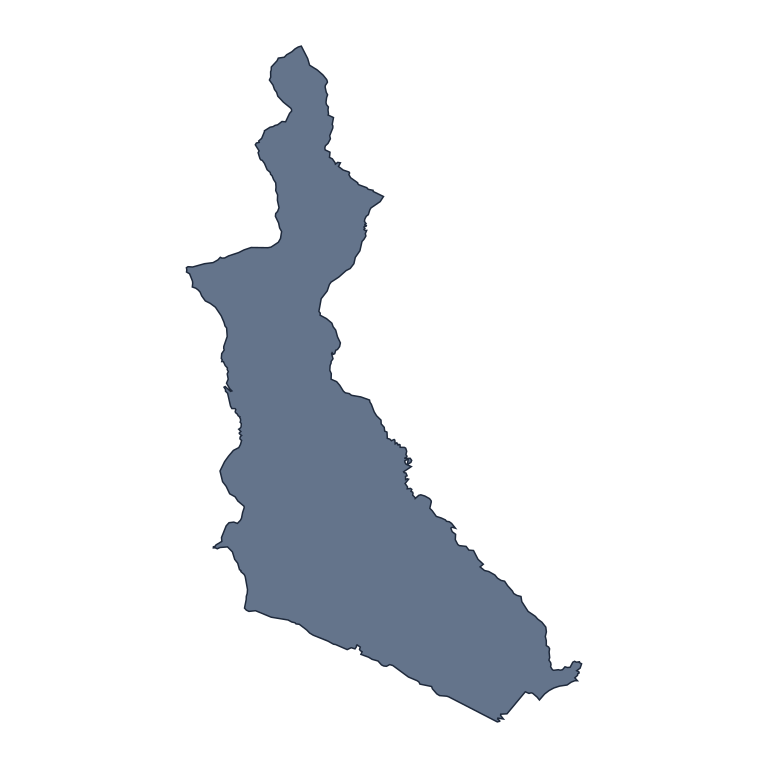 the district of Batrani, Prahova, Romania
{"feature_id": "2599482B71534935033185", "entity_name": "Batrani", "entity_type": "district", "adm_level": 2, "iso_a3": "ROU", "parent_name": "Romania", "parent_adm1": "Prahova", "projection": "natural_earth1", "projection_center": [26.104, 45.367], "detail": "fine", "context": "isolated", "style": "filled", "palette": "slate", "viewbox_px": 768, "rotation_deg": 0, "n_neighbors": 0, "source": "geoboundaries", "source_scale": "gbopen_adm2", "svg_char_len": 6103}
<svg xmlns="http://www.w3.org/2000/svg" viewBox="0 0 768 768"><path d="M577.4,680.7L574.8,677.8L577.5,675.4L577.7,673.9L579.1,673.0L579.0,672.0L576.7,670.7L580.1,668.2L581.6,663.8L579.0,662.3L579.2,661.8L576.4,662.2L574.6,661.3L572.8,662.2L570.1,667.3L567.4,667.5L565.0,666.8L562.5,669.7L560.2,670.2L558.5,669.7L553.6,670.3L552.4,669.7L550.6,666.8L551.0,664.6L550.7,662.8L548.9,660.1L549.7,657.6L549.1,652.0L549.6,648.8L548.6,647.0L546.3,645.6L546.3,640.6L545.3,636.5L546.4,631.9L545.8,627.1L541.9,622.2L537.6,619.0L535.4,616.4L528.1,611.4L521.8,601.6L521.0,596.5L516.9,595.4L513.7,593.5L512.4,591.0L507.6,585.7L504.6,581.2L501.0,580.4L497.5,578.2L494.9,575.0L488.7,571.5L484.5,570.5L480.1,566.9L483.3,564.2L478.0,559.3L473.5,550.5L468.9,550.1L466.1,546.4L459.3,545.6L457.8,544.5L455.3,539.7L455.6,534.3L452.2,531.7L450.9,528.4L451.1,527.8L452.3,527.3L455.4,528.2L451.6,523.4L449.2,521.7L446.5,521.3L445.4,519.9L441.3,518.0L436.3,516.4L432.2,510.7L429.8,508.3L431.3,501.9L431.1,500.7L429.5,498.6L424.8,496.0L420.8,494.8L418.8,495.3L415.2,498.5L415.0,497.5L412.7,495.2L413.0,493.2L412.6,492.1L411.0,491.4L411.8,489.4L410.5,488.4L407.2,488.8L407.5,486.9L405.1,483.5L408.6,479.2L407.3,478.8L405.6,479.6L405.5,476.4L407.1,475.8L405.9,473.0L404.3,472.7L403.6,471.8L411.3,466.6L406.2,464.3L405.0,462.6L404.7,461.0L407.0,459.6L408.2,459.6L407.5,463.2L407.9,464.2L410.9,462.4L411.7,460.4L410.2,458.3L404.3,458.4L406.4,457.2L407.0,456.2L405.9,454.6L406.7,451.3L405.7,448.2L404.4,447.4L400.2,447.3L400.0,444.8L399.0,444.4L398.1,445.0L396.8,442.8L395.2,443.8L394.8,440.1L394.1,439.5L391.4,440.7L389.8,439.1L387.3,438.4L387.0,432.1L384.7,431.1L384.2,427.3L381.2,423.9L381.0,420.1L376.6,415.8L374.2,411.9L371.3,404.2L370.0,402.3L369.5,400.0L360.8,396.9L351.5,395.3L349.3,393.6L345.3,392.8L343.4,391.2L339.8,385.4L336.7,381.7L331.1,379.2L331.3,373.7L329.8,370.3L330.1,365.5L331.1,363.1L331.1,361.5L333.0,358.8L331.6,353.7L332.1,352.7L333.3,354.3L334.7,353.7L335.7,350.3L337.5,349.5L339.6,346.6L340.4,342.9L337.5,336.8L335.7,330.1L333.1,326.7L331.9,323.2L326.6,318.7L320.1,315.2L320.2,313.1L318.9,311.4L321.2,298.7L327.2,291.0L329.4,284.5L331.1,282.1L338.9,277.0L346.1,270.6L350.2,268.5L353.9,263.7L355.3,257.4L359.9,250.8L362.0,241.5L364.1,239.1L365.9,236.0L365.3,233.7L366.7,230.4L365.1,230.4L364.0,229.6L364.9,228.5L364.1,227.8L364.1,226.8L366.0,226.3L366.3,225.6L364.8,225.1L364.8,224.3L366.1,223.7L364.4,221.3L364.9,218.9L366.3,216.2L368.3,214.7L369.9,209.7L371.0,207.9L380.2,201.6L383.5,196.5L373.2,191.5L373.1,190.3L368.2,189.3L366.8,187.7L358.9,184.8L357.7,183.6L357.7,182.8L350.6,177.7L348.9,174.6L349.6,173.0L349.0,172.0L343.1,170.0L338.5,166.5L340.4,162.8L337.7,162.4L335.4,164.1L335.1,162.8L332.3,158.8L329.5,157.4L330.0,152.2L325.2,149.9L324.8,148.0L325.4,145.8L328.0,143.4L330.4,138.8L329.7,135.7L332.8,128.0L332.9,126.0L332.2,124.5L333.5,117.6L328.1,115.0L328.5,113.9L328.0,110.0L328.4,107.0L326.4,104.5L326.0,102.3L326.6,97.6L327.6,94.8L326.3,92.4L325.1,87.0L325.4,85.3L327.4,82.4L327.3,81.3L326.7,79.6L323.1,75.1L317.3,70.0L309.6,65.2L307.7,58.6L301.3,46.1L298.2,47.0L295.0,48.9L291.8,51.8L286.7,54.7L284.3,57.2L278.3,58.1L277.1,60.7L271.3,67.0L271.2,70.1L270.6,71.8L270.7,77.2L269.4,80.0L273.0,85.1L274.5,89.5L276.6,92.3L277.8,96.2L283.5,102.3L290.7,108.1L291.5,109.4L291.6,111.1L289.6,113.3L285.6,121.8L282.0,121.5L277.6,124.8L275.0,125.4L273.1,126.6L270.1,127.2L264.4,130.8L264.4,131.7L261.7,138.3L258.7,141.0L259.2,142.4L256.4,143.0L255.3,144.8L259.1,150.9L258.1,152.7L259.9,158.5L260.7,159.8L262.3,160.4L264.5,163.5L267.1,169.7L270.2,172.4L270.6,174.3L272.1,175.8L273.6,179.6L275.7,182.8L276.0,187.1L275.7,190.6L277.6,194.9L277.4,200.3L279.0,207.7L277.6,211.4L275.7,213.5L275.4,216.3L278.6,223.0L279.6,227.9L281.6,231.5L280.5,238.5L278.3,242.3L271.0,247.1L268.0,247.7L251.1,247.5L244.0,249.9L238.6,252.6L228.8,255.8L224.6,258.0L221.9,258.1L220.3,257.3L217.9,259.9L213.1,262.6L204.5,263.7L192.6,267.0L188.0,266.7L186.4,267.7L186.8,270.0L186.5,272.0L189.6,273.8L192.5,281.2L192.7,283.3L192.3,287.0L195.8,288.2L198.3,290.1L200.1,292.1L201.7,295.9L205.3,300.9L210.1,303.3L215.4,307.2L221.2,315.8L224.1,322.6L225.0,326.0L226.6,327.9L227.2,336.5L223.8,346.4L223.7,348.4L224.2,350.0L221.7,353.6L221.3,358.5L222.2,359.7L221.7,361.6L223.4,361.6L225.2,365.6L227.4,367.9L227.2,369.5L228.3,371.6L227.2,373.9L228.2,379.1L226.5,383.2L229.7,388.7L231.9,390.9L230.6,391.4L225.2,386.5L224.0,387.2L225.5,389.5L225.5,391.2L227.6,393.3L230.5,406.1L231.9,408.6L235.1,408.6L235.8,409.5L235.2,411.6L235.5,412.6L237.1,413.9L238.3,415.9L239.9,416.8L239.6,417.2L240.5,419.0L240.6,420.8L240.1,422.2L241.3,423.5L241.1,426.8L240.0,428.4L238.7,429.2L240.9,431.5L239.3,432.9L239.3,433.6L241.6,435.5L240.4,436.5L239.9,438.2L240.2,439.3L241.6,440.4L240.4,444.6L238.8,447.6L233.4,450.4L228.5,456.2L224.6,461.6L220.0,471.0L222.6,481.7L226.2,486.4L229.7,493.8L235.1,496.8L237.9,501.1L244.0,506.2L244.2,507.7L242.6,512.5L241.5,518.2L240.4,520.3L237.4,523.4L233.8,522.1L229.0,522.7L226.2,525.8L221.5,537.5L221.8,541.4L216.0,544.9L215.1,546.3L213.4,546.8L213.3,547.9L215.2,547.8L217.3,548.8L220.0,547.5L227.5,546.9L232.4,551.9L234.7,559.4L237.7,563.2L239.5,569.7L240.9,570.5L240.9,571.6L244.2,574.5L245.2,576.6L247.5,589.5L247.2,593.5L246.3,596.3L246.2,599.6L244.5,608.1L246.3,610.1L248.9,611.4L255.5,610.7L271.2,617.2L288.1,620.0L291.7,622.0L294.9,622.7L296.0,623.9L299.3,624.3L306.7,630.0L309.6,633.0L313.2,635.2L327.9,641.1L333.5,644.2L335.5,644.5L347.2,649.6L351.2,647.7L355.0,648.9L356.5,646.6L356.5,645.4L357.1,644.9L360.3,647.1L359.5,649.4L360.3,650.6L362.1,651.8L360.9,654.4L368.6,657.2L372.0,659.3L378.0,661.0L381.5,664.9L383.7,666.0L386.5,666.3L389.7,664.6L392.8,665.5L408.4,677.0L417.3,680.8L419.0,682.1L419.9,684.1L431.6,686.5L432.4,688.8L436.8,693.9L439.6,695.6L446.8,696.2L448.6,696.8L497.3,721.9L499.7,721.3L499.6,720.6L497.6,719.0L497.9,718.1L503.4,719.0L500.6,715.4L500.7,714.2L507.0,713.8L525.3,691.8L529.0,693.4L531.2,692.8L532.7,693.3L537.2,697.2L539.4,700.0L544.6,694.0L549.0,690.6L553.8,688.0L559.6,686.1L567.1,685.0L571.3,682.1L574.9,680.7L577.4,680.7Z" fill="#64748b" stroke="#1e293b" stroke-width="1.5"/></svg>